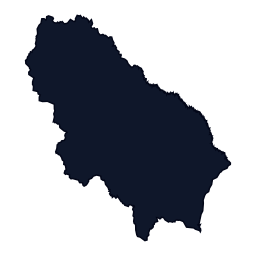 Manu, Madre de Dios, Peru (Equal Earth projection)
{"feature_id": "86281439B65493313696262", "entity_name": "Manu", "entity_type": "district", "adm_level": 2, "iso_a3": "PER", "parent_name": "Peru", "parent_adm1": "Madre de Dios", "projection": "equal_earth", "projection_center": [-71.147, -12.293], "detail": "fine", "context": "isolated", "style": "filled", "palette": "ink", "viewbox_px": 256, "rotation_deg": 0, "n_neighbors": 0, "source": "geoboundaries", "source_scale": "gbopen_adm2", "svg_char_len": 5765}
<svg xmlns="http://www.w3.org/2000/svg" viewBox="0 0 256 256"><path d="M41.8,18.8L41.0,23.4L39.1,25.2L37.2,29.0L37.6,32.9L37.5,34.7L36.2,36.4L36.7,37.2L36.1,38.2L36.3,40.2L35.5,43.8L36.1,45.1L35.9,46.8L34.1,49.2L32.5,50.3L31.8,52.3L30.5,51.8L29.9,53.7L28.9,54.1L29.1,55.2L27.6,56.9L27.2,59.0L25.6,60.4L25.9,63.6L29.3,66.9L29.6,68.4L30.6,69.6L30.2,70.7L28.8,72.1L28.9,74.5L33.9,77.8L32.6,81.8L32.6,84.6L33.4,85.6L33.5,87.1L33.2,90.4L37.8,91.5L38.2,93.9L40.2,95.0L39.3,97.0L39.3,100.6L42.6,101.5L47.5,101.3L54.3,104.2L54.4,109.0L54.9,110.8L53.8,113.9L54.5,116.8L53.3,121.9L54.1,121.8L54.9,122.7L55.9,122.4L57.6,124.0L58.7,123.7L59.6,125.1L59.9,127.5L64.3,131.1L66.2,131.4L67.0,132.4L65.7,133.3L65.2,134.4L64.9,135.7L65.6,137.8L64.4,140.4L61.6,140.9L60.9,142.2L58.3,143.1L58.1,144.4L57.2,144.9L56.9,148.5L55.7,151.8L56.2,153.3L57.5,152.9L58.2,154.4L60.0,155.0L61.6,157.4L62.4,160.0L64.0,161.2L63.8,164.4L65.4,165.2L66.2,169.8L65.0,170.6L64.3,173.1L65.5,174.3L66.6,173.9L69.5,174.9L69.5,177.3L71.0,178.8L72.6,178.5L78.5,180.1L79.6,182.6L82.6,182.8L83.0,185.1L84.1,186.1L86.2,185.0L87.4,183.4L88.6,181.2L88.6,179.5L91.5,178.3L93.3,176.1L96.6,175.0L100.7,176.0L101.2,179.1L103.2,180.4L104.1,180.1L105.0,181.5L105.6,184.4L108.2,187.6L108.7,189.4L109.8,189.6L109.0,191.2L109.9,191.2L110.2,192.8L109.6,193.8L110.6,195.3L111.7,194.9L111.5,195.9L112.3,196.0L112.4,197.3L114.1,196.0L115.9,198.1L117.1,197.1L117.3,195.8L121.1,201.6L122.2,202.0L122.7,203.4L124.7,204.3L124.8,205.2L128.3,206.4L129.1,204.7L131.2,204.9L132.9,206.2L133.3,205.5L134.1,205.7L134.4,207.1L133.3,207.5L132.7,209.3L133.8,211.6L133.1,215.9L134.2,217.2L133.7,221.3L134.2,223.4L135.1,223.8L135.7,225.3L135.8,230.0L136.8,234.8L137.6,236.4L140.2,237.1L144.9,240.6L147.0,240.0L147.0,237.0L148.8,235.0L148.5,232.8L149.9,229.0L151.1,229.0L152.9,227.5L153.3,226.1L152.9,225.1L154.2,224.3L154.7,222.3L157.6,221.4L156.6,217.5L158.1,217.7L159.7,218.8L160.6,218.6L161.4,217.2L163.6,217.6L165.1,219.9L168.5,222.0L169.7,221.4L172.6,222.1L173.3,221.6L174.9,221.8L175.1,220.8L177.0,219.7L177.9,220.3L179.8,220.1L183.4,221.5L186.5,227.1L193.8,227.9L195.3,229.1L199.7,230.6L200.3,231.7L200.7,230.6L200.5,228.7L199.2,227.2L200.2,224.7L198.5,225.5L197.8,224.8L199.0,223.9L201.0,214.3L202.7,210.9L203.3,203.2L203.1,200.1L204.6,195.5L205.8,193.4L208.6,191.6L209.5,188.1L211.6,184.5L212.4,179.5L216.8,177.4L219.7,172.6L221.4,171.6L222.1,170.3L227.0,168.2L228.2,165.7L230.3,164.5L230.4,163.0L228.8,161.2L227.4,160.8L227.4,159.9L226.6,159.6L226.6,158.2L225.6,158.6L225.7,157.6L226.6,158.0L226.8,157.6L225.8,157.2L225.3,157.6L225.8,156.2L225.1,155.9L224.6,152.8L223.2,152.5L223.4,153.3L222.8,153.5L222.8,152.7L222.3,153.2L222.5,152.2L221.9,151.7L221.4,152.0L219.8,150.5L218.8,151.1L218.7,150.1L217.3,149.7L217.3,148.7L216.4,148.7L215.8,149.5L215.6,148.0L215.0,147.8L214.9,148.8L213.9,148.0L213.7,146.5L213.4,147.1L212.2,146.0L212.2,143.7L211.0,143.2L211.7,142.8L211.8,140.5L212.4,140.0L212.1,139.3L212.5,138.8L211.9,138.5L212.4,137.7L211.6,137.2L212.3,136.0L211.6,135.9L211.1,133.9L210.2,134.1L210.7,133.5L210.6,132.6L209.8,132.5L210.0,130.3L209.3,129.3L209.6,128.2L208.5,128.6L207.5,124.1L207.0,124.7L207.0,123.5L206.2,123.5L206.6,120.7L205.7,120.8L205.0,119.7L204.6,121.0L203.9,117.2L203.3,117.6L203.0,116.4L202.6,117.0L201.6,116.6L201.8,115.2L201.0,115.0L201.5,113.6L200.9,114.2L200.4,113.1L199.9,113.6L199.8,112.1L198.5,111.4L197.5,112.0L197.2,111.3L196.8,112.2L196.2,112.1L196.2,110.9L195.8,110.3L196.1,111.1L195.5,111.1L195.2,110.0L194.2,110.7L193.8,109.0L192.9,109.6L193.3,109.2L193.1,107.9L192.0,108.5L191.4,106.7L190.0,107.8L190.2,107.2L189.6,106.5L189.7,107.5L188.9,107.2L187.9,108.1L188.0,107.5L187.4,107.4L187.2,106.2L186.6,105.8L186.1,106.4L186.2,105.5L185.7,105.9L185.6,105.0L185.0,105.0L185.2,103.7L184.7,104.0L184.3,102.7L183.4,103.4L183.1,102.0L182.4,102.4L182.9,101.9L182.1,101.5L182.6,101.1L182.3,100.3L181.3,100.3L181.8,98.7L180.5,100.3L180.0,98.5L179.7,99.2L178.8,98.7L179.4,98.2L178.8,97.2L179.2,97.1L179.1,96.3L178.2,95.8L178.4,94.6L177.5,94.8L177.0,93.8L176.7,94.3L175.9,93.6L175.1,95.2L175.0,94.2L174.2,94.7L173.8,94.0L173.2,94.3L173.2,93.2L172.9,93.7L172.3,92.8L171.5,93.3L170.8,92.5L170.5,93.4L169.6,93.3L169.8,94.1L168.8,93.7L169.1,94.3L168.4,94.3L167.5,92.9L166.9,94.2L166.8,93.2L165.4,93.1L165.4,92.3L164.5,92.8L164.3,91.7L163.7,92.2L162.9,90.4L161.1,89.9L160.7,90.6L160.0,90.4L160.1,89.3L159.4,89.2L159.4,88.4L158.6,87.3L158.0,87.8L157.3,86.6L157.8,85.8L157.4,86.2L157.5,85.7L156.7,85.5L156.9,84.6L155.8,84.7L155.2,85.7L154.2,84.8L154.3,85.5L153.7,85.2L153.6,86.0L152.5,85.0L152.1,86.2L151.8,84.7L150.4,85.6L150.2,84.5L149.5,84.9L148.8,84.5L148.8,83.8L148.0,83.5L147.7,82.5L147.0,82.9L147.3,82.1L146.6,82.6L145.8,81.6L146.2,78.8L145.4,78.6L144.9,79.8L144.2,79.7L143.7,78.1L144.2,77.4L143.6,76.6L144.0,75.9L143.1,75.8L143.5,75.4L142.5,72.4L142.9,72.0L142.2,71.1L142.7,71.0L141.9,69.8L141.6,70.1L141.4,68.5L139.1,67.3L138.8,68.0L138.6,67.0L137.2,65.9L136.2,66.3L135.0,65.3L133.9,65.5L133.4,66.7L132.1,67.5L132.0,67.0L131.1,67.1L128.1,63.8L126.8,60.8L124.6,59.1L120.8,58.0L120.5,57.3L121.2,55.1L120.9,54.4L119.7,54.6L118.7,53.7L119.0,51.7L116.5,49.8L115.7,48.4L116.4,47.9L115.0,45.5L112.8,45.9L113.7,44.2L113.9,42.8L112.5,40.2L111.7,37.1L110.0,36.9L108.6,38.1L105.6,35.4L104.8,35.7L102.9,34.4L100.5,35.2L98.4,33.2L97.3,28.8L95.1,29.2L94.2,27.9L92.6,28.6L91.2,27.6L91.0,25.8L92.0,24.9L92.5,23.4L91.4,19.7L88.9,22.2L88.1,20.0L86.2,18.1L85.1,18.6L83.7,17.1L83.2,18.3L82.5,18.3L80.3,15.5L79.5,16.0L77.2,15.4L75.5,18.6L75.7,19.5L74.8,21.5L73.3,21.3L70.4,19.5L67.5,23.2L64.3,23.9L62.2,21.6L61.5,22.2L60.2,21.7L59.2,23.2L57.6,22.1L56.5,23.2L54.0,22.6L52.6,21.2L52.5,20.0L53.4,18.7L52.8,17.4L48.6,15.9L46.7,16.7L46.4,19.5L45.9,20.0L44.0,18.7L41.8,18.8Z" fill="#0f172a" stroke="#020617" stroke-width="1.5"/></svg>